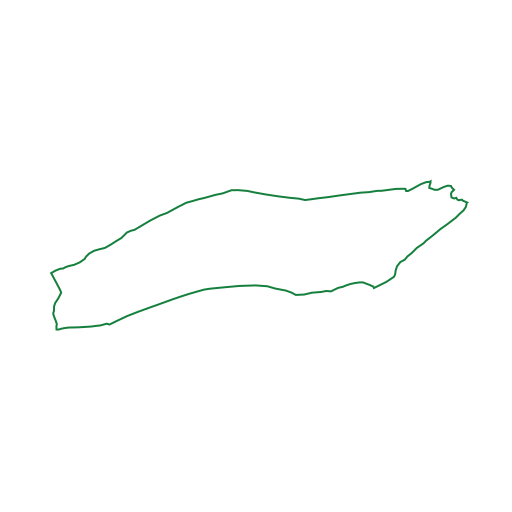 outline of Vilhelmina, Västerbotten, Sweden, rotated 330°
{"feature_id": "70781695B71787766152021", "entity_name": "Vilhelmina", "entity_type": "district", "adm_level": 2, "iso_a3": "SWE", "parent_name": "Sweden", "parent_adm1": "Västerbotten", "projection": "robinson", "projection_center": [16.098, 64.897], "detail": "fine", "context": "isolated", "style": "outline", "palette": "green", "viewbox_px": 512, "rotation_deg": 330, "n_neighbors": 0, "source": "geoboundaries", "source_scale": "gbopen_adm2", "svg_char_len": 2088}
<svg xmlns="http://www.w3.org/2000/svg" viewBox="0 0 512 512"><g transform="rotate(330 256 256)"><path d="M70.0,168.4L70.0,170.4L69.4,187.5L68.9,190.4L66.9,191.7L63.5,193.9L58.6,196.3L55.8,198.8L54.6,200.9L53.6,202.5L51.9,204.0L51.2,205.7L50.7,208.3L50.3,211.3L49.5,215.3L48.0,217.1L46.5,219.9L48.0,220.9L51.2,221.7L53.6,222.5L57.8,224.2L66.4,228.9L77.8,234.6L82.9,236.7L86.4,238.3L92.9,240.0L94.8,242.1L102.4,242.6L114.5,243.6L125.6,245.3L137.0,247.3L145.6,248.9L162.0,251.8L171.6,253.7L180.2,255.6L194.1,259.1L200.0,261.4L213.2,267.4L226.4,273.5L241.0,281.3L250.6,287.8L256.5,293.9L264.5,300.8L268.4,305.4L271.0,309.6L278.5,313.5L286.0,315.7L294.6,319.8L299.3,321.4L303.2,324.1L311.4,324.7L315.4,326.0L319.7,326.6L323.6,327.4L327.9,328.8L332.6,330.7L335.4,332.3L340.1,338.1L342.3,341.2L342.1,342.7L355.9,343.6L365.2,343.0L367.3,341.4L369.8,338.3L373.0,335.4L378.0,333.4L383.0,333.6L386.9,332.1L392.3,331.3L399.4,329.4L407.3,328.8L410.9,327.8L419.5,326.6L429.1,324.9L437.7,324.1L448.4,322.7L453.0,321.4L458.7,320.2L462.3,318.4L465.4,315.1L465.5,315.1L462.9,311.6L462.5,310.2L459.3,309.0L458.6,307.7L458.5,305.7L456.4,305.3L454.6,303.0L456.0,299.6L457.4,298.5L460.6,297.7L459.8,294.9L459.8,292.8L457.3,291.0L453.7,290.2L449.8,289.8L446.6,289.6L443.7,287.9L442.3,286.1L440.1,283.7L441.5,281.8L443.6,280.0L444.5,278.6L443.6,278.6L440.2,277.1L434.7,276.2L424.5,276.0L420.0,275.7L418.5,274.7L419.0,272.6L417.5,271.6L410.6,267.8L404.8,265.4L397.3,262.3L393.4,260.1L385.8,257.2L378.6,253.6L368.7,249.5L359.3,245.6L348.2,241.2L339.2,237.3L332.8,234.7L326.5,232.1L321.7,227.7L314.5,222.6L304.9,215.3L295.0,207.4L286.6,200.3L280.9,195.2L273.4,190.0L267.7,186.8L258.4,185.1L251.2,182.7L240.2,179.9L234.8,178.2L228.2,176.6L222.2,175.0L212.7,174.5L200.4,174.2L193.0,172.9L182.2,172.4L163.7,172.6L160.4,171.6L155.9,171.1L152.3,172.1L148.4,173.1L142.4,173.2L136.2,173.5L129.6,173.5L127.2,172.9L123.6,171.8L118.3,170.5L112.6,170.5L108.7,171.5L106.0,172.9L100.3,173.4L94.0,172.7L89.0,171.1L85.4,170.4L82.7,170.4L80.0,169.1L75.0,168.4L70.0,168.4Z" fill="none" stroke="#15803d" stroke-width="2"/></g></svg>